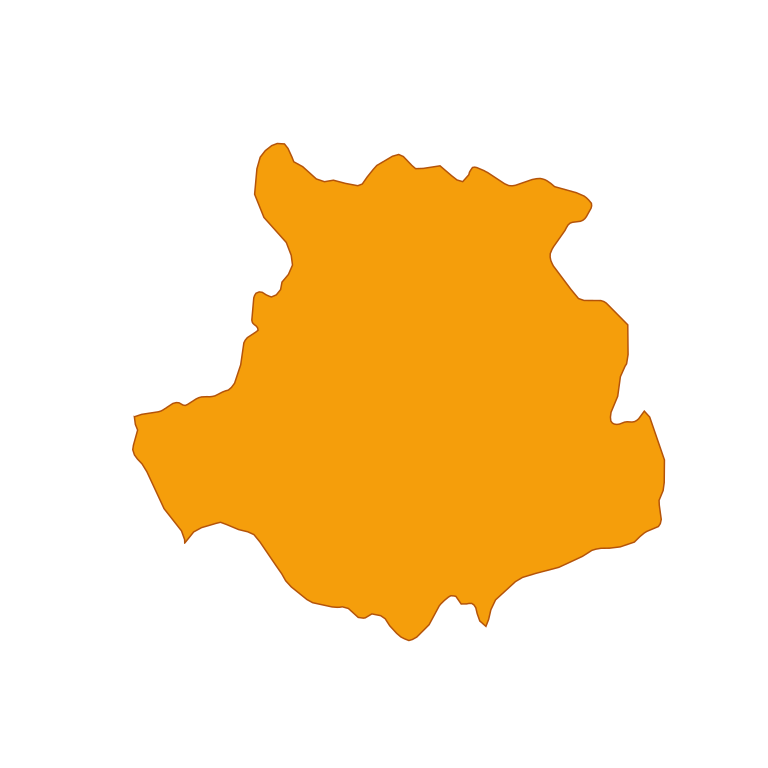 the State of Trujillo, rotated 339°
{"feature_id": "VEN-29", "entity_name": "Trujillo", "entity_type": "State", "adm_level": 1, "iso_a3": "VEN", "parent_name": "Venezuela", "parent_adm1": "", "projection": "mercator", "projection_center": [-70.512, 9.496], "detail": "fine", "context": "isolated", "style": "filled", "palette": "amber", "viewbox_px": 768, "rotation_deg": 339, "n_neighbors": 0, "source": "natural_earth", "source_scale": "10m", "svg_char_len": 3111}
<svg xmlns="http://www.w3.org/2000/svg" viewBox="0 0 768 768"><g transform="rotate(339 384 384)"><path d="M141.0,461.0L142.1,457.8L142.3,448.5L134.0,421.6L131.2,381.0L129.5,371.9L126.9,365.6L125.6,360.8L125.9,355.3L128.1,351.4L137.5,338.7L137.4,332.6L139.2,325.1L139.3,325.2L139.9,325.2L146.9,325.5L163.4,329.1L166.2,329.3L168.5,329.0L179.9,326.5L183.4,326.9L185.9,328.1L188.8,331.6L190.7,332.8L193.2,332.7L203.3,330.6L206.3,330.4L209.1,330.7L214.2,332.4L216.5,333.4L219.2,334.1L221.9,334.5L230.5,333.6L233.6,333.6L236.5,333.9L240.4,332.5L244.8,329.7L257.1,314.7L267.9,295.4L270.1,293.4L273.1,291.7L282.8,289.6L285.7,288.7L286.1,286.2L285.4,284.0L284.2,282.1L283.4,280.4L283.2,279.1L283.5,277.0L293.3,256.9L294.9,255.0L297.0,253.4L300.5,253.3L303.2,254.8L306.0,258.6L308.3,260.9L310.1,262.4L315.4,262.2L321.3,258.8L325.3,252.3L334.0,247.5L341.2,240.2L343.5,230.6L343.5,216.9L331.6,185.5L331.2,160.5L342.5,137.5L349.7,127.9L356.8,123.6L364.6,121.2L370.5,121.2L377.1,124.2L378.8,129.7L379.4,139.3L379.4,144.2L386.0,152.0L394.3,168.3L400.9,173.8L409.8,175.6L419.9,182.9L430.6,189.5L435.4,189.5L442.5,184.7L450.9,179.8L455.6,177.4L473.5,174.4L480.0,175.0L483.6,178.6L488.4,190.1L490.7,194.3L497.9,196.8L514.5,200.4L521.7,213.7L525.3,219.7L530.0,223.3L538.1,219.1L539.7,216.9L541.7,215.3L544.2,213.6L546.3,214.0L548.2,215.2L553.9,220.7L555.1,222.2L556.5,223.7L568.3,240.2L571.6,243.5L574.6,244.9L577.9,245.6L595.6,246.2L600.0,247.0L603.5,248.1L605.5,249.4L607.4,250.9L609.0,252.7L611.6,256.5L614.0,260.9L632.3,274.5L638.2,280.3L639.7,282.7L641.0,285.5L642.4,289.6L641.7,292.1L640.3,294.1L632.9,300.3L630.8,301.6L628.4,302.4L625.7,302.5L618.0,300.6L615.4,300.5L612.8,301.5L610.1,303.6L608.0,305.5L591.6,316.5L589.1,318.5L585.9,321.9L584.6,325.0L584.0,328.4L584.1,331.6L584.4,334.5L592.4,362.6L596.2,373.9L600.7,377.7L616.3,383.8L618.8,385.8L620.5,388.1L632.8,416.1L622.4,444.0L617.7,452.1L615.4,453.8L607.3,461.9L597.8,479.2L585.8,491.8L583.5,496.1L582.5,499.8L583.2,502.3L584.7,504.0L586.9,505.2L589.4,505.8L594.9,505.8L597.5,506.4L601.9,508.4L604.4,508.9L606.8,508.6L609.2,507.8L617.3,502.6L620.2,510.1L618.6,555.4L610.3,576.4L606.4,583.5L599.1,591.2L597.6,595.7L594.3,609.8L591.9,613.4L589.1,615.4L576.6,615.8L573.8,616.3L568.4,618.1L561.1,621.3L546.1,620.7L535.8,618.1L527.6,615.1L522.6,614.1L518.5,613.8L507.6,616.0L481.6,617.8L457.9,615.2L444.0,614.2L435.9,615.6L410.8,625.5L402.9,633.0L397.3,641.3L392.3,646.8L388.5,639.6L388.7,631.8L389.5,625.8L388.8,622.5L387.3,620.3L384.7,619.3L382.3,618.9L377.2,617.0L375.0,608.0L373.1,606.8L370.5,605.6L367.9,606.0L362.8,607.7L358.2,609.7L356.1,610.9L339.8,624.9L323.9,632.0L319.0,632.7L315.3,632.4L311.8,629.2L309.1,626.2L306.5,621.4L302.7,611.8L301.0,603.6L297.9,599.1L290.3,594.3L282.7,595.6L280.9,595.2L276.3,592.7L270.3,580.8L265.3,577.1L262.5,576.5L260.0,575.6L255.6,573.5L239.0,562.6L234.8,557.6L224.7,540.2L221.7,532.5L220.5,524.5L218.1,514.8L211.6,487.1L208.6,478.0L203.9,473.2L196.1,467.8L186.6,458.7L181.8,454.5L177.1,453.9L169.3,453.3L162.2,452.7L153.3,453.9L146.1,458.1L141.1,461.0L141.0,461.0Z" fill="#f59e0b" stroke="#b45309" stroke-width="1.5"/></g></svg>